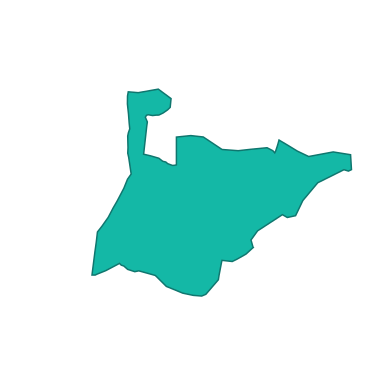 outline of Daura, Katsina, Nigeria, rotated 38°
{"feature_id": "59680162B94433697734962", "entity_name": "Daura", "entity_type": "district", "adm_level": 2, "iso_a3": "NGA", "parent_name": "Nigeria", "parent_adm1": "Katsina", "projection": "natural_earth1", "projection_center": [8.275, 12.981], "detail": "fine", "context": "isolated", "style": "filled", "palette": "teal", "viewbox_px": 384, "rotation_deg": 38, "n_neighbors": 0, "source": "geoboundaries", "source_scale": "gbopen_adm2", "svg_char_len": 1476}
<svg xmlns="http://www.w3.org/2000/svg" viewBox="0 0 384 384"><g transform="rotate(38 192 192)"><path d="M288.2,146.9L284.6,130.5L285.4,107.3L298.0,80.9L302.4,79.2L303.9,76.2L294.0,65.0L278.6,73.5L262.1,92.2L249.9,94.9L238.6,96.2L228.6,97.5L230.1,101.1L231.1,103.7L231.6,105.1L232.2,106.8L232.7,108.2L233.1,110.2L230.3,109.7L223.9,110.9L212.1,122.1L203.0,131.0L189.5,140.0L167.0,141.7L156.3,148.3L145.9,158.3L163.0,180.2L161.6,181.9L160.2,183.1L155.5,184.6L154.9,184.6L152.9,184.5L150.0,185.8L145.1,185.8L137.1,189.0L130.6,192.0L115.7,167.8L113.7,164.3L109.2,161.8L108.9,159.6L109.9,158.1L113.9,156.0L116.4,153.5L118.5,151.8L120.6,147.5L122.2,142.3L122.7,138.7L118.0,131.3L102.1,131.7L88.5,146.8L80.1,152.3L82.1,156.1L86.9,162.4L93.9,169.6L100.0,176.3L104.1,180.6L105.4,184.5L106.9,187.5L114.3,196.5L117.5,201.0L120.8,203.7L133.0,215.3L133.3,221.6L136.0,231.0L138.6,245.3L139.7,253.2L141.6,263.6L141.9,270.4L142.1,274.1L142.1,281.7L147.4,290.4L152.5,299.2L164.3,319.0L166.9,317.0L167.7,315.3L172.5,307.0L174.7,302.1L177.8,295.2L178.8,292.9L181.3,293.2L183.8,292.3L188.9,292.6L196.0,290.0L198.6,286.9L211.9,281.4L214.4,280.4L215.9,280.5L229.9,282.2L247.0,277.4L256.6,272.7L263.7,268.0L265.9,264.1L266.8,244.9L264.6,241.0L262.5,236.9L258.6,229.3L257.7,227.4L266.5,222.0L268.7,217.5L272.8,207.6L274.3,198.5L274.5,198.0L273.9,197.8L269.3,194.4L268.0,193.5L268.0,192.9L267.6,182.2L277.2,154.2L282.8,153.4L288.2,146.9Z" fill="#14b8a6" stroke="#0f766e" stroke-width="1.5"/></g></svg>